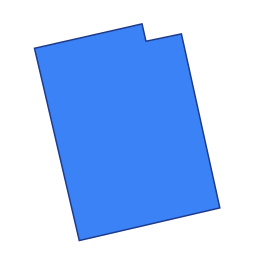 Grant, Nebraska, United States of America, rotated 77°
{"feature_id": "52423323B82511149902728", "entity_name": "Grant", "entity_type": "district", "adm_level": 2, "iso_a3": "USA", "parent_name": "United States of America", "parent_adm1": "Nebraska", "projection": "mercator", "projection_center": [-101.802, 41.919], "detail": "fine", "context": "isolated", "style": "filled", "palette": "blue", "viewbox_px": 256, "rotation_deg": 77, "n_neighbors": 0, "source": "geoboundaries", "source_scale": "gbopen_adm2", "svg_char_len": 257}
<svg xmlns="http://www.w3.org/2000/svg" viewBox="0 0 256 256"><g transform="rotate(77 128 128)"><path d="M226.7,200.8L226.5,56.5L48.3,54.8L47.5,91.0L29.7,90.9L29.3,201.2L54.6,201.1L226.7,200.8Z" fill="#3b82f6" stroke="#1e3a8a" stroke-width="1.5"/></g></svg>